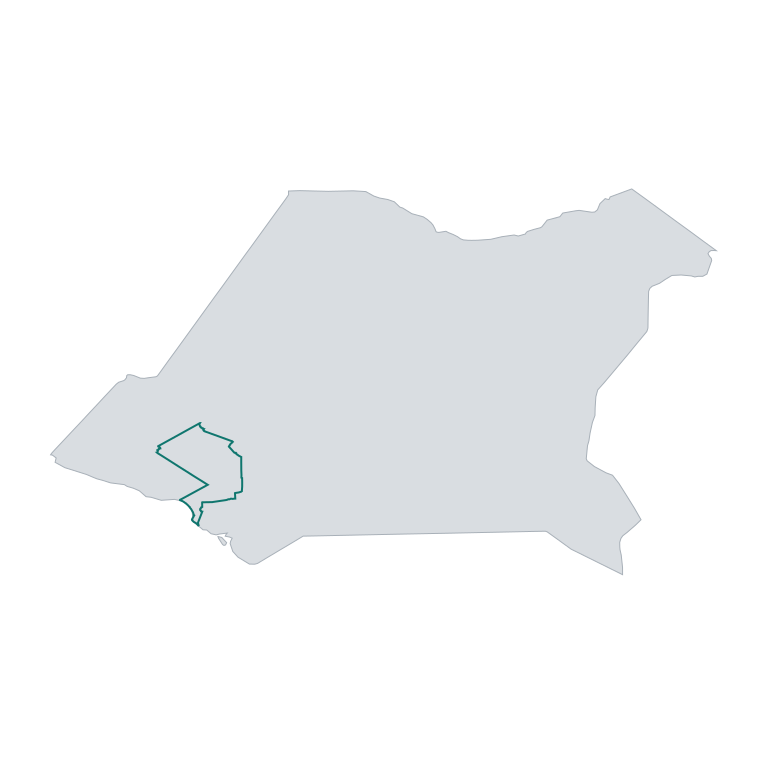 Garsen, Coast, Kenya (highlighted), rotated 89°
{"feature_id": "3690345B81879504162306", "entity_name": "Garsen", "entity_type": "district", "adm_level": 2, "iso_a3": "KEN", "parent_name": "Kenya", "parent_adm1": "Coast", "projection": "equal_earth", "projection_center": [39.873, -2.426], "detail": "fine", "context": "in_parent", "style": "outline", "palette": "teal", "viewbox_px": 768, "rotation_deg": 89, "n_neighbors": 0, "source": "geoboundaries", "source_scale": "gbopen_adm2", "svg_char_len": 6798}
<svg xmlns="http://www.w3.org/2000/svg" viewBox="0 0 768 768"><g transform="rotate(89 384 384)"><path d="M189.4,476.1L189.2,464.9L190.4,436.4L190.3,411.4L191.3,398.8L195.9,390.9L198.0,385.1L199.6,377.0L202.0,370.5L207.4,365.1L208.4,362.2L214.2,353.2L217.6,341.7L220.3,337.8L223.5,334.2L225.8,332.3L229.6,330.4L232.6,329.3L233.1,328.4L233.4,326.6L232.4,319.4L233.7,317.1L235.7,312.3L238.0,307.9L240.1,305.1L241.3,302.2L241.8,297.2L241.9,293.6L241.9,287.8L241.2,274.7L238.8,263.6L237.3,251.3L238.4,247.2L236.5,240.0L235.6,239.6L234.0,238.0L232.0,231.2L230.5,225.0L229.6,223.4L223.0,218.0L219.8,205.2L216.2,202.3L214.2,189.6L213.8,185.9L215.9,173.2L215.7,170.3L213.6,167.6L207.4,164.9L202.5,159.6L203.1,157.8L203.5,155.9L200.9,154.6L193.3,132.9L203.1,119.8L213.1,106.6L225.8,89.9L237.4,74.5L247.5,61.3L256.5,49.4L256.3,51.7L256.3,54.7L257.4,56.5L259.3,57.8L261.8,56.5L264.1,54.6L266.2,54.2L279.7,59.2L281.9,63.4L281.8,68.1L282.4,71.4L281.3,74.8L280.2,85.0L280.5,94.3L284.5,101.2L288.1,106.7L291.0,114.3L293.1,116.6L296.0,117.8L305.2,118.2L318.9,118.7L332.1,119.1L333.3,119.3L336.1,120.3L348.2,130.7L359.3,140.1L368.7,148.3L377.9,156.3L386.7,164.0L393.6,170.4L400.4,172.4L411.4,173.3L419.1,173.6L426.1,176.3L436.6,178.8L444.4,180.1L449.2,181.6L462.3,183.1L464.4,182.2L470.2,175.1L476.7,163.5L479.2,157.1L487.6,150.8L502.3,141.9L512.7,135.7L524.2,129.4L529.4,134.9L536.7,143.6L539.9,147.9L542.5,149.8L546.4,151.1L551.2,151.1L553.8,150.9L559.2,149.8L571.6,148.7L578.8,148.8L572.8,160.4L565.6,174.3L552.4,199.8L542.3,213.2L534.7,223.4L534.0,225.2L534.0,236.5L534.1,264.2L534.3,319.6L534.4,375.0L534.6,430.4L534.7,458.2L534.7,467.5L541.4,479.1L547.9,490.5L556.5,505.5L561.2,513.6L561.9,516.3L561.7,521.7L554.6,533.0L548.8,538.1L540.9,540.6L538.6,540.1L535.5,538.5L534.3,541.2L533.4,545.4L531.6,544.5L530.3,543.3L531.1,550.8L531.9,554.5L530.7,559.5L526.9,563.8L526.6,567.5L518.3,577.2L506.7,578.2L500.5,583.0L497.8,587.0L495.7,595.5L496.4,608.7L493.2,618.8L492.5,623.9L486.5,630.5L483.8,636.5L481.9,642.6L480.1,645.3L478.1,659.1L475.3,667.4L474.5,670.2L473.8,672.7L471.7,677.6L470.2,680.9L469.2,683.2L462.1,704.5L456.6,714.2L452.2,713.1L449.3,716.8L449.0,718.6L447.5,717.6L443.8,714.1L436.3,706.8L428.8,699.5L421.4,692.3L413.9,685.0L406.4,677.8L398.9,670.5L391.4,663.3L383.9,656.0L379.5,651.7L377.6,649.2L376.1,644.2L375.3,643.0L373.3,641.4L371.0,641.0L370.3,640.1L370.3,637.7L371.1,634.2L373.9,627.5L374.2,623.6L373.6,619.2L372.8,612.0L372.0,610.4L367.1,606.7L356.6,598.9L346.2,591.0L335.8,583.2L325.4,575.4L315.0,567.6L304.6,559.8L294.2,552.0L283.8,544.1L273.4,536.3L263.0,528.5L252.6,520.7L242.2,512.8L231.8,505.0L221.4,497.2L211.0,489.4L200.6,481.5L196.7,478.6L193.1,476.1L189.4,476.1ZM535.4,552.1L533.6,552.7L534.6,548.9L539.9,544.1L542.1,545.2L542.5,546.3L542.4,547.3L541.5,548.3L535.4,552.1Z" fill="#d9dde1" stroke="#a8b0b8" stroke-width="1"/><path d="M438.8,536.1L438.1,538.2L428.2,564.1L427.9,564.2L427.8,564.4L427.8,564.7L427.8,564.8L427.7,564.9L427.6,565.0L427.4,565.1L427.3,564.9L427.2,564.9L426.9,564.9L426.8,565.0L426.7,565.0L426.3,565.3L426.3,565.5L426.2,565.5L426.1,565.4L426.1,565.5L425.9,565.6L425.7,565.7L425.4,565.6L425.3,565.8L425.3,566.0L425.2,566.0L425.2,566.3L425.1,566.6L424.9,566.7L424.9,566.8L424.7,567.0L424.6,567.3L424.4,567.3L424.3,567.5L424.2,567.6L424.3,567.6L424.2,567.8L423.9,567.9L423.8,568.0L423.6,568.1L423.7,568.3L423.5,568.5L423.4,568.5L423.1,568.7L422.9,568.8L422.4,568.9L422.1,569.0L421.6,569.2L421.2,569.2L420.7,569.2L420.3,569.1L420.2,568.9L419.9,568.7L419.9,568.8L441.8,610.1L442.0,610.2L442.0,610.4L442.1,610.7L442.1,610.8L442.3,610.9L442.5,610.8L442.5,610.7L442.5,610.4L442.6,610.2L443.0,610.0L443.1,609.9L443.3,609.8L443.4,609.6L443.5,609.2L444.0,608.9L444.3,608.7L444.5,608.7L444.5,608.8L444.6,609.4L444.7,609.8L444.7,610.1L444.8,610.2L445.0,610.2L445.1,610.5L445.3,610.6L445.4,610.4L445.5,610.4L445.7,610.6L445.8,610.9L446.1,611.3L446.2,611.7L446.2,611.8L446.3,611.8L446.4,611.7L446.5,611.6L446.7,611.2L446.8,611.2L446.9,611.3L447.0,611.5L447.4,611.6L447.7,611.5L447.8,611.5L448.1,611.7L448.2,611.8L448.4,611.7L448.6,611.7L448.8,611.8L448.8,612.0L448.9,611.9L449.3,611.4L450.3,609.8L451.8,607.5L462.8,590.9L473.4,574.8L481.7,562.0L495.7,588.8L496.0,589.5L496.1,589.8L496.3,590.0L496.5,590.0L496.6,589.9L496.7,589.6L496.7,589.4L496.9,589.0L497.7,587.4L498.1,586.7L498.6,586.0L499.0,585.4L499.7,584.6L499.7,584.4L499.8,584.2L500.0,584.1L501.3,582.7L501.6,582.4L502.5,581.5L503.0,581.1L503.4,580.8L503.5,580.7L503.6,580.4L503.8,580.4L504.1,580.3L505.0,579.6L505.7,579.0L506.3,578.7L507.6,578.0L508.2,577.6L508.7,577.4L509.0,577.2L509.9,576.9L510.8,576.7L511.3,576.6L512.2,576.6L512.3,576.5L512.4,576.4L512.0,576.1L511.9,576.1L512.0,576.0L512.3,576.2L512.4,576.3L512.5,576.3L512.7,576.5L513.2,576.8L513.3,576.8L513.8,577.1L514.1,577.1L514.3,577.3L514.5,577.5L514.9,577.8L515.1,577.9L515.6,578.1L515.9,578.1L516.0,578.2L516.0,578.3L516.3,578.4L516.5,578.4L516.9,578.2L517.0,578.0L517.4,577.8L518.1,577.1L518.4,576.7L518.6,576.5L519.0,575.8L519.5,575.0L520.0,574.2L520.4,573.8L520.6,573.6L521.0,573.2L521.3,572.9L522.8,571.7L521.7,571.9L521.1,572.1L520.8,572.1L519.5,572.4L519.4,572.4L508.6,568.0L508.6,568.4L508.5,568.6L508.3,568.8L508.2,568.8L508.2,569.0L507.7,569.2L507.7,569.4L507.5,569.5L507.4,569.5L507.1,569.6L506.9,569.7L506.9,569.8L506.8,570.0L506.7,570.0L506.7,569.9L506.4,570.0L506.1,569.9L505.9,569.8L505.7,569.8L505.7,569.7L505.3,569.5L505.2,569.5L504.9,569.3L504.8,569.2L504.7,569.1L504.3,569.0L504.3,568.9L504.2,568.9L504.1,568.7L503.9,568.4L503.9,568.1L503.8,567.9L499.3,567.9L499.1,567.8L499.1,558.0L499.1,557.7L499.0,557.2L497.3,544.0L497.2,543.7L497.1,543.2L497.0,542.7L496.7,542.1L496.5,541.7L496.6,541.1L496.6,540.8L496.6,540.7L496.5,540.3L496.1,539.4L496.0,539.1L496.0,538.9L496.1,538.1L496.2,537.8L496.2,537.2L496.0,535.3L496.0,534.7L490.5,534.9L490.4,534.6L490.2,533.3L490.0,531.7L489.9,531.1L489.2,528.7L488.8,528.3L488.7,528.0L484.3,527.6L479.9,527.5L475.5,527.5L475.2,528.2L472.4,528.1L467.8,528.2L459.3,528.1L454.5,528.0L454.4,528.3L454.2,528.5L454.0,528.9L453.9,529.1L453.7,529.4L453.3,530.3L453.2,530.4L453.1,530.5L452.9,530.7L452.8,531.0L452.7,531.1L452.5,531.3L452.4,531.4L452.3,531.5L452.2,531.6L452.2,531.8L452.1,532.0L451.8,532.3L451.7,532.5L451.3,532.7L451.0,533.0L450.7,533.1L450.4,533.3L450.3,533.2L450.2,533.3L450.3,533.9L450.4,534.0L450.1,534.3L450.1,534.5L450.0,534.9L449.9,535.0L449.7,535.1L449.4,535.4L449.3,535.5L449.2,535.6L446.6,537.8L443.9,540.2L443.1,539.8L442.9,539.5L442.4,539.3L442.3,539.2L442.2,539.2L442.0,538.9L441.8,538.9L441.5,538.7L441.3,538.6L441.2,538.5L441.1,538.4L440.9,538.1L440.7,537.9L440.6,537.6L440.3,537.4L440.1,537.2L439.9,537.0L439.8,536.8L439.7,536.8L439.6,536.7L439.4,536.7L439.2,536.5L439.1,536.3L439.0,536.1L438.8,536.2L438.8,536.1Z" fill="none" stroke="#0f766e" stroke-width="2"/></g></svg>